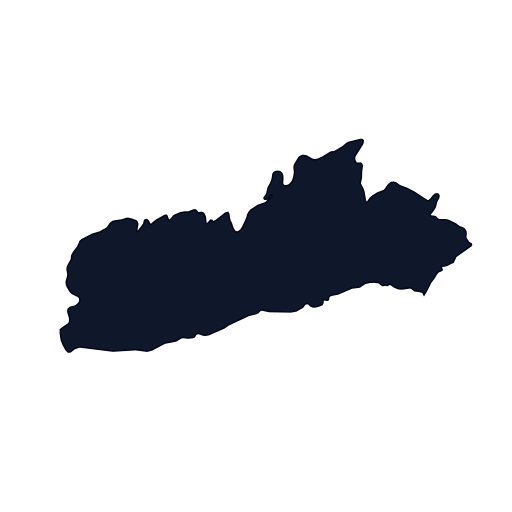 the State of Meghalaya, rotated 344°
{"feature_id": "IND-2489", "entity_name": "Meghalaya", "entity_type": "State", "adm_level": 1, "iso_a3": "IND", "parent_name": "India", "parent_adm1": "", "projection": "mercator", "projection_center": [91.449, 25.547], "detail": "fine", "context": "isolated", "style": "filled", "palette": "ink", "viewbox_px": 512, "rotation_deg": 344, "n_neighbors": 0, "source": "natural_earth", "source_scale": "10m", "svg_char_len": 4915}
<svg xmlns="http://www.w3.org/2000/svg" viewBox="0 0 512 512"><g transform="rotate(344 256 256)"><path d="M406.8,339.8L406.3,336.9L402.8,334.8L398.9,333.2L396.7,330.0L395.5,329.1L388.2,328.1L385.7,327.5L383.8,326.6L382.2,325.4L380.2,323.7L378.1,321.0L377.2,320.2L376.1,320.0L374.2,320.6L373.4,320.3L372.5,319.5L370.5,319.5L369.3,319.1L368.5,318.2L367.2,316.1L366.1,315.2L362.4,313.7L357.9,312.6L353.4,312.4L349.7,313.5L347.1,314.4L339.3,313.2L324.4,315.1L317.6,314.5L315.5,314.8L314.6,315.6L313.8,317.5L312.8,318.3L311.6,317.9L309.8,317.0L308.2,317.0L307.4,319.5L306.0,321.0L302.8,321.4L299.2,321.3L296.8,320.7L294.6,318.9L293.7,317.1L292.6,315.9L290.2,315.7L289.0,316.3L286.7,318.2L285.1,318.6L283.6,318.8L280.7,319.7L279.4,319.9L273.9,319.3L253.3,313.0L246.6,309.4L245.1,309.5L242.0,311.1L240.3,311.4L232.6,311.1L210.2,314.7L205.8,316.3L204.6,316.5L188.9,318.6L185.0,318.2L182.9,317.1L181.2,315.8L179.4,314.7L177.2,314.5L176.4,314.8L174.9,316.4L174.1,316.9L172.9,317.0L167.8,316.1L164.8,314.7L163.2,314.2L161.2,314.1L155.6,315.6L144.2,314.6L130.0,317.6L125.1,317.5L114.3,312.8L92.4,308.0L61.4,294.8L56.2,295.0L51.2,297.0L49.0,296.6L47.4,293.6L46.2,288.1L45.7,282.9L46.3,278.5L46.5,276.9L47.6,272.8L51.1,271.4L56.9,269.6L58.0,268.7L58.8,267.6L59.4,265.7L59.8,263.7L59.7,259.1L59.9,257.1L60.8,255.2L63.1,254.1L67.4,254.3L69.6,254.0L71.6,253.0L73.2,252.0L74.0,251.0L74.5,250.0L74.8,248.3L74.7,247.3L74.3,246.6L73.4,245.4L69.6,242.0L68.6,240.8L67.8,239.4L67.2,237.8L66.2,233.8L66.0,231.9L66.1,230.2L66.5,228.5L67.3,227.0L69.1,224.1L69.7,222.9L70.2,221.6L70.4,220.1L70.7,216.8L71.5,214.9L72.8,213.1L77.1,208.9L78.0,207.6L78.7,205.3L80.0,203.7L82.2,201.6L86.8,198.3L90.2,194.5L90.9,193.4L93.2,192.3L104.5,190.0L113.3,189.9L115.6,189.1L119.4,188.4L120.4,188.1L121.2,187.5L124.1,185.1L126.4,183.8L127.7,183.4L129.6,183.4L136.4,184.3L138.7,184.4L140.5,184.2L141.8,184.2L143.3,184.5L146.1,186.0L150.3,189.0L150.9,190.0L151.2,192.1L150.8,193.5L149.5,196.0L148.6,198.2L148.3,199.1L148.3,199.7L148.8,199.9L149.3,199.8L155.0,195.8L157.0,194.0L157.5,193.3L158.5,191.3L159.3,190.8L160.4,190.7L161.7,191.6L162.2,192.8L162.5,194.2L162.6,195.5L163.1,196.4L164.1,196.7L167.4,195.1L170.7,193.9L179.3,191.9L180.5,191.9L181.2,192.3L181.5,193.2L181.6,196.0L182.0,197.2L182.8,197.7L184.2,197.3L187.8,194.8L189.2,194.4L195.4,193.6L199.6,194.1L203.2,195.1L208.6,194.6L210.2,194.8L211.1,195.9L212.0,198.0L212.8,198.8L214.4,198.9L215.7,199.1L217.1,200.3L217.7,201.7L218.0,203.6L217.9,205.5L217.0,209.8L217.2,211.0L218.1,211.5L220.2,210.4L222.2,209.0L222.7,209.1L223.5,209.7L223.9,210.9L225.1,211.2L227.2,210.9L238.6,206.3L241.0,206.4L241.4,208.2L240.8,212.5L240.7,214.9L241.3,217.7L241.5,223.1L242.7,226.9L244.7,227.8L246.3,227.6L248.7,226.7L251.2,224.5L257.5,217.2L259.6,213.8L261.6,211.8L264.0,210.3L271.7,207.9L279.7,207.5L287.2,203.4L287.7,202.3L288.0,201.3L287.2,201.3L283.8,203.9L282.9,204.2L281.8,204.3L280.0,203.9L279.6,203.1L279.9,202.1L282.9,199.7L283.8,198.6L286.6,193.6L289.1,191.2L291.5,188.4L293.0,186.1L294.9,181.9L296.2,180.7L298.2,180.2L301.0,180.8L302.6,182.0L303.6,183.6L303.8,185.8L303.8,186.0L303.5,187.3L302.7,190.3L301.9,192.1L301.5,194.0L301.8,195.4L303.1,196.5L305.1,196.9L307.5,196.7L310.4,195.1L312.3,193.2L313.8,191.1L315.5,187.7L316.2,186.0L317.0,181.4L317.6,179.9L318.6,178.6L324.3,173.2L326.3,172.4L328.8,172.2L332.1,173.8L336.1,177.9L337.9,179.3L339.7,179.8L342.3,180.1L346.8,179.4L356.0,176.9L357.5,176.8L359.1,177.2L360.7,177.2L369.6,174.9L374.0,172.9L376.0,172.3L388.7,172.8L390.0,173.2L390.6,173.9L390.9,174.7L389.6,177.4L378.8,187.1L378.2,187.9L377.6,189.2L377.4,190.7L377.5,192.4L378.1,194.2L379.2,194.9L382.1,195.5L382.9,196.5L383.1,198.5L380.7,203.9L378.8,209.8L376.4,214.4L376.2,215.6L376.5,217.2L376.9,219.0L377.3,221.3L377.4,224.0L376.5,232.5L376.5,234.1L377.0,234.9L378.0,234.9L379.5,233.6L381.7,231.9L384.9,230.4L390.3,228.9L397.3,228.3L399.4,226.9L400.8,225.6L402.5,224.3L404.4,223.3L406.5,222.6L408.7,223.1L410.8,224.5L413.5,228.0L419.6,232.5L425.9,238.5L435.9,250.1L436.2,250.2L436.5,250.3L436.8,250.5L437.4,250.4L439.3,249.6L440.2,249.1L442.7,247.2L444.6,246.2L445.6,246.0L446.6,246.0L447.7,246.4L448.3,247.0L448.5,248.6L447.8,250.1L446.9,251.2L445.9,252.1L444.9,253.2L444.1,254.2L442.8,256.7L441.9,258.1L440.7,259.4L438.2,261.6L435.2,263.6L434.7,264.1L434.7,264.8L435.1,265.7L438.7,267.3L439.6,268.1L440.4,269.8L441.3,270.9L441.9,271.6L446.6,272.9L448.3,273.5L449.5,274.0L451.0,275.0L456.7,280.1L458.5,282.6L459.7,284.0L462.2,285.7L463.3,286.8L464.1,288.4L464.5,290.1L464.2,292.0L463.7,293.6L462.8,295.5L462.8,297.0L463.0,297.9L463.4,298.8L463.7,299.7L463.9,300.8L464.4,301.8L466.2,303.5L466.3,304.5L465.5,305.5L448.0,311.6L443.7,316.6L442.3,316.5L437.1,317.6L434.9,317.6L431.9,317.1L431.3,317.4L431.0,318.7L431.2,319.9L430.9,320.9L429.2,321.3L427.6,321.3L426.1,321.9L424.3,323.2L421.3,326.1L416.4,329.8L410.2,336.6L406.8,339.8Z" fill="#0f172a" stroke="#020617" stroke-width="1.5"/></g></svg>